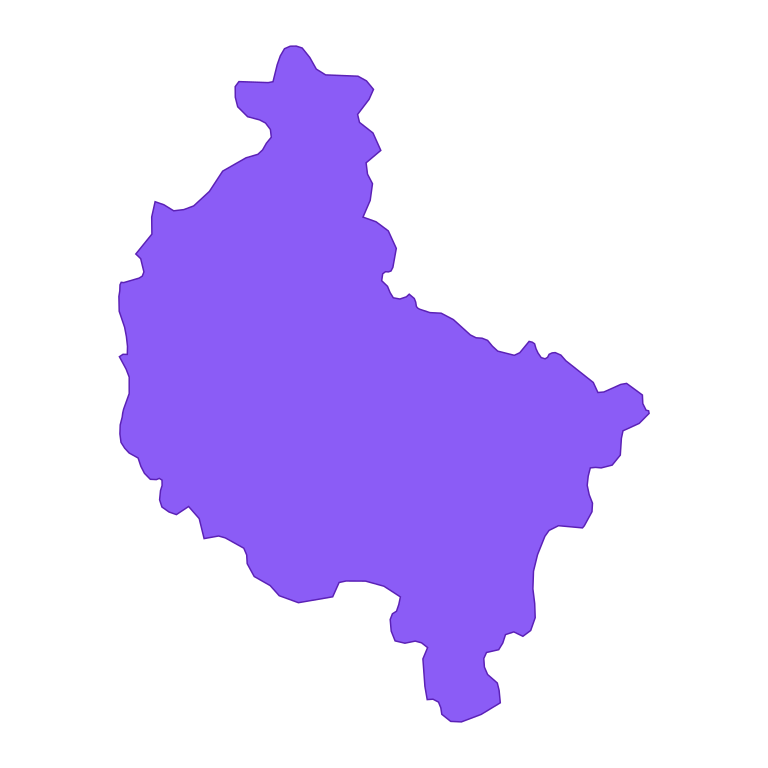 map outline of Greater Poland (Albers equal-area conic projection)
{"feature_id": "POL-3144", "entity_name": "Greater Poland", "entity_type": "Voivodeship", "adm_level": 1, "iso_a3": "POL", "parent_name": "Poland", "parent_adm1": "", "projection": "albers", "projection_center": [17.345, 52.331], "detail": "fine", "context": "isolated", "style": "filled", "palette": "violet", "viewbox_px": 768, "rotation_deg": 0, "n_neighbors": 0, "source": "natural_earth", "source_scale": "10m", "svg_char_len": 2706}
<svg xmlns="http://www.w3.org/2000/svg" viewBox="0 0 768 768"><path d="M642.4,395.0L642.8,403.6L646.1,410.2L648.6,410.8L649.1,413.4L639.2,423.4L623.0,430.8L621.4,438.3L620.3,455.1L612.2,465.1L601.2,467.9L595.5,467.4L590.3,467.9L588.2,476.2L587.2,485.3L589.2,494.7L592.5,503.2L592.0,511.7L584.3,525.8L582.5,527.9L558.5,525.7L549.1,530.4L544.9,536.3L537.5,554.8L533.5,571.2L532.9,588.9L534.7,603.5L535.2,617.7L530.7,630.5L522.9,636.3L513.8,631.9L505.5,634.6L502.8,643.0L498.7,649.7L486.5,652.5L483.8,658.5L484.4,667.1L487.6,674.5L497.3,683.0L499.1,690.3L500.3,702.8L481.2,714.4L461.4,721.9L450.7,721.4L441.8,714.3L440.8,707.8L438.5,702.1L433.0,699.2L427.2,699.6L424.9,686.3L422.9,658.9L427.6,647.6L421.5,642.8L415.2,641.1L404.9,643.2L395.1,640.9L391.2,631.1L390.2,619.5L392.4,613.8L396.5,611.2L398.8,604.5L400.4,596.9L383.9,586.2L365.5,581.1L346.0,581.0L339.1,582.5L332.7,596.8L298.4,602.7L279.2,595.7L270.2,585.6L254.2,576.5L247.2,563.7L246.7,555.0L243.8,548.2L225.3,537.9L218.6,536.0L204.1,538.6L199.2,518.6L188.6,506.5L176.4,514.6L169.0,512.0L161.9,507.0L159.6,499.8L160.5,490.6L162.1,485.5L162.0,480.1L159.3,478.4L156.4,479.6L150.3,479.3L144.5,473.4L140.9,466.4L138.1,458.0L129.1,453.0L124.7,448.2L121.0,442.4L119.9,433.9L120.2,424.9L122.2,417.1L122.7,413.1L123.6,409.2L129.2,393.6L129.2,377.1L126.1,369.1L119.4,356.7L123.0,354.3L127.3,354.4L127.5,346.4L126.4,336.6L124.6,327.2L119.2,311.3L118.9,296.4L119.8,290.8L120.0,284.8L121.2,282.3L123.7,282.6L139.1,278.1L142.3,276.1L143.9,271.9L140.7,258.7L135.8,254.0L151.9,234.1L151.7,217.0L155.1,201.7L164.0,204.8L173.7,210.8L183.8,209.6L193.7,205.9L209.4,191.4L222.7,171.1L246.0,157.8L257.9,154.3L262.6,149.9L266.4,143.2L271.3,137.2L270.4,129.5L265.5,123.0L259.6,119.9L247.6,116.7L237.7,106.8L235.3,97.3L235.2,86.6L238.9,81.6L268.2,82.6L273.0,81.7L277.2,64.7L280.3,55.9L284.5,48.7L290.2,46.2L296.3,46.1L302.2,48.0L309.8,57.5L316.3,69.1L325.6,74.9L358.0,76.2L366.5,80.9L373.5,89.4L369.1,99.3L357.6,114.4L359.5,122.4L373.0,133.0L380.8,150.4L366.1,162.8L367.5,174.1L372.5,183.7L370.2,200.4L363.0,217.1L376.1,221.8L388.3,230.9L396.3,248.4L392.9,267.3L391.0,271.0L388.4,271.9L385.5,271.7L382.7,273.8L381.7,280.7L387.5,286.3L390.1,292.6L393.3,297.8L399.9,299.0L406.4,296.8L409.2,294.2L414.3,298.5L415.7,302.1L416.4,306.5L417.7,308.1L419.6,309.2L429.9,312.6L441.2,313.2L453.5,319.7L470.3,334.9L476.1,337.8L482.1,338.2L487.6,340.4L492.4,346.2L497.7,351.1L514.3,355.3L519.8,352.7L529.1,341.4L532.3,342.2L534.6,343.8L536.0,348.7L538.0,353.0L541.2,357.6L545.1,358.8L547.6,357.3L549.1,354.3L552.1,352.9L555.2,352.6L560.9,355.1L565.9,360.8L593.3,382.5L597.9,392.5L603.8,392.0L620.8,384.4L626.6,383.4L642.4,395.0Z" fill="#8b5cf6" stroke="#5b21b6" stroke-width="1.5"/></svg>